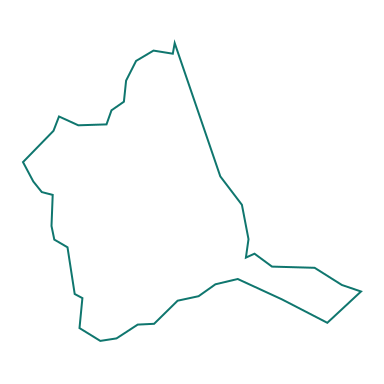 Warren, Georgia, United States of America
{"feature_id": "52423323B82578708002026", "entity_name": "Warren", "entity_type": "district", "adm_level": 2, "iso_a3": "USA", "parent_name": "United States of America", "parent_adm1": "Georgia", "projection": "orthographic", "projection_center": [-82.674, 33.431], "detail": "fine", "context": "isolated", "style": "outline", "palette": "teal", "viewbox_px": 384, "rotation_deg": 0, "n_neighbors": 0, "source": "geoboundaries", "source_scale": "gbopen_adm2", "svg_char_len": 624}
<svg xmlns="http://www.w3.org/2000/svg" viewBox="0 0 384 384"><path d="M33.3,181.5L41.8,192.1L52.7,194.9L51.5,226.0L54.3,239.6L67.5,247.3L74.7,294.0L82.4,298.1L79.5,328.1L100.3,340.9L116.5,338.4L137.7,324.6L154.1,323.8L177.6,300.7L198.6,296.2L215.4,284.3L237.7,279.0L281.8,299.3L327.3,322.8L361.0,291.5L341.9,285.0L314.6,267.8L272.0,266.6L254.5,253.7L245.9,257.6L248.5,239.2L243.1,211.0L241.9,204.8L220.3,176.4L204.2,129.3L174.7,43.1L172.8,53.7L153.5,50.6L136.1,60.9L126.1,80.6L123.9,101.7L111.5,110.3L106.5,124.4L78.3,125.3L59.0,116.5L53.5,130.8L23.0,162.1L33.3,181.5Z" fill="none" stroke="#0f766e" stroke-width="2"/></svg>